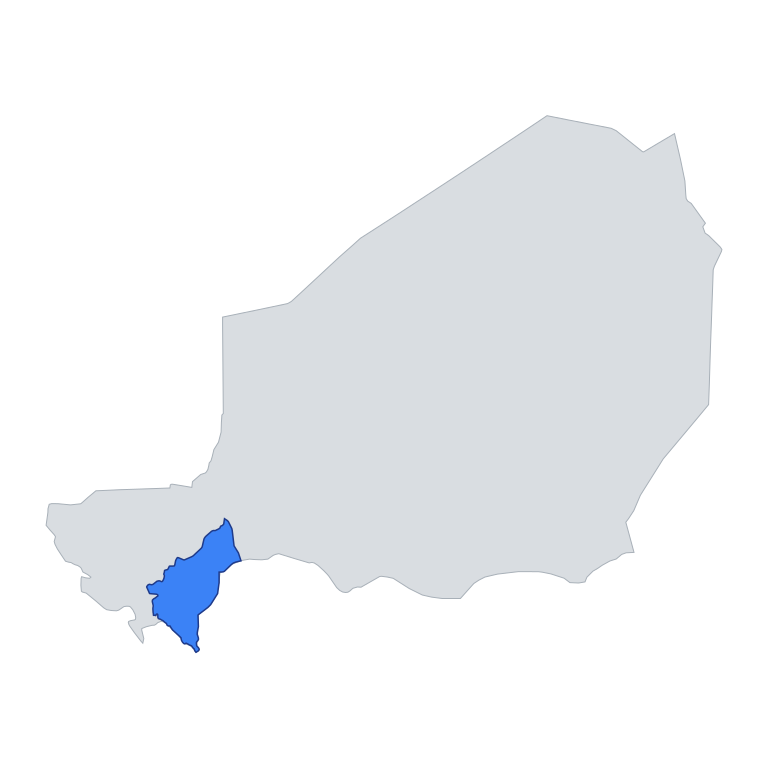 where Dosso sits in Niger
{"feature_id": "NER-93", "entity_name": "Dosso", "entity_type": "Department", "adm_level": 1, "iso_a3": "NER", "parent_name": "Niger", "parent_adm1": "", "projection": "albers", "projection_center": [3.221, 13.177], "detail": "fine", "context": "in_parent", "style": "filled", "palette": "blue", "viewbox_px": 768, "rotation_deg": 0, "n_neighbors": 0, "source": "natural_earth", "source_scale": "10m", "svg_char_len": 5950}
<svg xmlns="http://www.w3.org/2000/svg" viewBox="0 0 768 768"><path d="M634.0,552.4L626.1,552.8L621.7,554.4L616.2,559.0L609.9,561.0L602.3,565.2L597.5,568.5L593.0,571.1L586.9,577.2L585.0,581.9L578.7,583.0L569.9,582.6L564.1,578.2L550.9,573.9L542.4,572.2L538.5,571.7L518.6,571.6L497.5,574.1L486.8,576.6L484.8,577.1L478.8,580.2L473.8,583.5L460.4,598.5L442.2,598.5L431.5,597.1L422.3,595.0L409.2,588.5L393.2,578.3L387.1,577.0L381.5,576.3L379.7,576.5L361.0,587.2L357.4,587.0L352.9,588.3L350.0,590.9L347.9,592.2L345.6,592.5L342.6,592.0L339.7,590.4L336.7,587.6L328.8,576.1L327.1,574.1L323.8,570.7L318.1,565.5L314.3,563.0L312.0,562.4L309.2,562.9L294.0,558.4L278.8,553.7L275.5,554.4L273.1,555.4L267.9,559.1L261.8,559.8L253.9,559.5L249.6,559.1L242.7,560.3L238.1,561.8L232.0,564.2L224.2,570.9L222.0,571.7L220.1,572.8L217.5,591.0L215.4,596.4L211.4,603.6L203.6,610.5L198.2,614.7L198.1,620.3L197.7,629.5L197.6,635.8L198.0,639.9L197.1,641.9L196.7,643.7L197.0,646.4L198.3,647.6L199.1,649.3L198.5,650.7L196.0,652.3L193.2,648.2L189.6,645.3L185.6,644.0L182.9,641.9L181.5,639.0L176.3,633.3L164.4,622.0L163.2,621.8L161.2,621.3L157.8,622.6L155.7,624.5L154.3,625.2L152.1,625.3L146.4,626.7L141.8,628.5L141.7,630.0L143.8,638.6L142.8,643.2L140.8,641.0L134.2,632.4L129.7,626.0L128.9,624.5L128.3,622.4L128.7,621.4L130.5,620.7L134.7,619.9L135.5,619.3L135.7,617.5L135.1,614.3L132.8,609.8L130.4,606.9L129.1,606.3L126.6,606.2L123.9,606.6L118.8,610.1L116.5,610.8L111.3,610.5L106.7,609.7L103.8,607.9L95.5,600.7L86.2,593.1L82.3,592.0L81.4,591.2L80.9,585.4L81.1,578.5L81.6,576.7L85.5,577.8L89.6,578.3L90.9,577.1L87.7,574.6L82.9,572.0L81.2,568.2L79.9,566.9L77.7,565.5L75.3,564.8L72.9,563.7L71.2,562.6L68.4,562.1L65.5,561.2L61.4,555.1L57.4,549.0L55.0,544.3L54.2,541.5L55.5,536.7L54.3,534.8L49.8,529.8L46.1,525.3L47.1,518.2L47.9,512.4L48.0,508.7L48.6,506.6L49.2,504.3L51.7,503.6L58.1,503.7L70.5,504.9L80.5,503.8L81.0,503.6L88.1,497.3L95.9,490.8L107.6,490.3L120.3,489.7L130.2,489.4L144.7,488.9L156.4,488.5L169.9,488.0L170.3,485.0L171.1,484.3L172.5,484.2L182.4,485.8L191.8,487.4L192.5,481.6L200.7,474.5L205.3,473.0L206.5,471.8L207.9,469.4L208.8,465.6L209.2,463.0L211.0,460.8L212.2,456.7L213.9,449.6L218.5,442.2L221.1,432.1L221.4,422.4L221.9,415.0L223.3,413.5L223.2,400.3L223.1,387.1L223.0,376.0L222.9,362.1L222.8,349.9L222.7,336.7L222.6,324.9L222.6,317.1L231.9,315.2L241.5,313.2L255.6,310.3L270.9,307.1L287.5,303.6L291.3,301.5L303.7,290.1L309.3,284.9L320.4,274.6L329.0,266.6L339.9,256.5L351.4,246.4L360.5,238.2L375.0,228.9L396.7,214.9L418.3,200.8L439.9,186.7L461.4,172.6L482.9,158.4L504.3,144.2L525.7,130.0L547.0,115.7L569.1,120.1L590.1,124.2L611.2,128.3L616.2,130.7L627.7,139.9L642.5,151.7L643.1,151.8L643.8,151.8L657.1,143.9L674.5,133.6L680.4,159.1L684.9,181.0L685.8,195.0L686.2,198.7L687.7,201.1L691.2,203.4L705.4,223.2L702.8,226.8L705.1,233.1L708.7,235.6L720.4,247.2L721.9,249.5L721.4,251.5L714.4,266.2L713.2,269.8L712.6,288.1L712.1,301.1L711.5,318.9L710.7,340.2L710.1,358.2L709.4,382.1L708.6,404.6L697.9,417.5L678.8,440.3L663.2,458.9L655.5,471.2L640.4,495.2L633.8,510.6L628.5,518.7L625.8,522.2L628.8,533.2L634.0,552.4Z" fill="#d9dde1" stroke="#a8b0b8" stroke-width="1"/><path d="M218.9,584.0L217.6,593.6L210.6,604.7L207.8,607.5L198.2,614.8L198.0,615.2L198.4,626.5L197.3,632.4L197.2,634.3L198.3,637.6L198.5,639.2L197.8,640.7L197.0,641.5L196.6,642.1L196.4,642.8L196.6,645.4L196.8,645.8L197.0,646.3L197.2,646.5L197.4,646.6L198.4,647.7L198.9,648.5L199.2,649.4L198.8,650.4L198.3,650.9L196.0,652.3L195.7,652.0L195.3,651.3L195.0,651.1L194.8,650.8L194.7,650.4L194.5,650.0L194.3,649.3L194.2,649.0L194.0,648.8L193.7,648.6L193.4,648.4L191.9,646.3L191.6,645.9L191.1,645.6L189.5,645.0L187.5,643.8L187.0,643.6L186.5,643.3L186.0,643.2L185.4,643.6L184.8,643.9L184.2,643.7L183.6,643.4L183.3,643.0L182.6,642.3L181.6,640.6L181.3,639.7L181.1,638.7L181.0,637.8L180.8,637.5L180.2,637.1L180.1,636.8L172.5,629.9L170.7,627.2L170.3,626.4L170.2,626.1L169.8,626.0L168.3,625.9L167.8,625.7L167.3,625.4L167.0,625.0L166.7,624.0L166.3,623.5L165.9,623.0L165.0,622.5L162.9,620.6L161.9,620.2L160.3,619.2L159.4,619.0L158.4,618.6L157.9,617.6L157.8,616.3L157.8,615.2L157.7,614.5L157.4,614.1L157.0,614.0L156.6,614.1L156.4,614.3L156.2,614.6L156.0,614.9L156.0,615.2L155.9,615.5L155.6,615.6L155.4,615.5L155.3,615.3L153.5,615.3L153.4,614.9L153.4,613.7L153.2,613.1L153.1,612.3L152.9,609.2L152.9,608.0L153.1,607.0L153.2,606.1L153.2,605.6L153.1,605.0L152.4,602.1L152.3,601.6L152.3,601.0L152.4,600.5L152.4,600.2L152.6,599.9L152.9,599.6L153.5,599.0L154.2,598.5L155.2,598.0L155.4,597.9L156.9,596.6L157.7,596.2L157.8,595.9L157.9,595.6L157.7,594.8L157.2,594.5L156.5,594.2L149.8,593.6L149.6,593.5L149.5,593.4L146.8,587.3L146.7,587.1L146.7,586.8L146.8,586.5L147.0,586.2L147.3,585.8L147.8,585.1L148.2,584.8L148.8,584.5L149.2,584.4L149.5,584.3L149.8,584.4L150.8,584.6L151.3,584.7L151.8,584.7L152.1,584.6L152.6,584.5L153.0,584.3L153.2,584.2L157.0,581.2L158.5,580.9L159.1,580.8L160.0,581.0L160.3,581.1L160.9,581.4L161.3,581.6L161.6,581.6L161.9,581.6L162.2,581.5L162.5,581.2L163.3,579.9L164.0,578.1L164.4,576.0L164.4,575.7L164.0,574.6L163.9,574.4L163.8,574.2L163.9,573.6L164.2,572.7L164.4,571.7L164.5,570.7L164.8,570.3L165.7,570.0L167.0,569.7L167.6,569.5L168.0,569.0L169.0,566.9L169.3,566.3L169.7,566.1L170.0,566.1L173.0,566.1L173.7,566.0L174.4,565.8L174.7,565.1L174.9,564.4L175.6,560.7L176.2,559.4L177.0,558.1L177.4,557.6L178.0,557.6L178.7,557.8L183.2,559.7L183.9,559.9L184.4,559.9L191.7,556.7L193.1,555.9L201.2,548.3L202.0,547.2L202.3,546.3L203.9,539.4L204.1,538.8L204.3,538.3L205.6,536.5L211.5,531.3L212.1,531.0L212.8,530.7L213.2,530.6L213.9,530.5L215.0,530.6L215.4,530.5L218.7,528.9L219.4,528.4L220.0,527.9L220.5,526.5L220.8,526.1L221.3,525.9L222.4,525.5L223.7,524.1L224.5,518.7L227.4,520.6L228.4,521.7L231.8,528.5L232.2,530.3L234.0,545.5L234.2,546.1L238.4,552.9L241.0,560.8L235.8,562.1L233.4,563.0L231.4,564.5L224.5,571.2L223.3,571.8L222.0,572.0L219.1,572.1L219.1,582.9L218.9,584.0Z" fill="#3b82f6" stroke="#1e3a8a" stroke-width="1.5"/></svg>